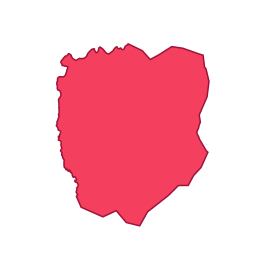 Tosoncengel, Hövsgöl, Mongolia (Robinson projection), rotated 107°
{"feature_id": "93677404B95621463819566", "entity_name": "Tosoncengel", "entity_type": "district", "adm_level": 2, "iso_a3": "MNG", "parent_name": "Mongolia", "parent_adm1": "Hövsgöl", "projection": "robinson", "projection_center": [100.859, 49.504], "detail": "fine", "context": "isolated", "style": "filled", "palette": "rose", "viewbox_px": 256, "rotation_deg": 107, "n_neighbors": 0, "source": "geoboundaries", "source_scale": "gbopen_adm2", "svg_char_len": 5708}
<svg xmlns="http://www.w3.org/2000/svg" viewBox="0 0 256 256"><g transform="rotate(107 128 128)"><path d="M165.3,53.6L154.3,51.4L144.4,46.6L127.8,44.5L126.9,46.5L117.9,56.3L116.1,57.6L115.2,58.3L114.7,58.9L113.4,60.3L111.4,61.0L110.6,61.0L108.4,60.6L107.0,60.5L105.7,60.7L104.8,60.8L103.3,60.7L101.5,60.5L100.7,60.8L94.7,63.7L75.1,61.5L59.7,64.2L48.5,70.8L47.2,72.7L36.4,77.5L36.4,82.1L35.7,99.0L37.4,110.0L49.1,120.0L56.0,126.8L49.9,136.9L47.5,152.4L47.6,152.6L47.8,152.7L48.3,152.8L48.7,153.0L49.0,153.1L49.2,153.3L49.5,153.6L50.0,154.0L50.7,154.5L51.5,154.7L53.4,154.9L53.7,155.0L54.0,155.2L54.4,155.6L54.5,155.9L54.6,156.6L54.6,156.9L54.4,157.4L54.0,157.8L53.7,158.2L53.6,158.3L53.7,158.6L54.0,158.9L54.6,159.4L54.9,159.8L55.0,160.3L54.9,160.7L54.6,161.2L54.4,161.4L53.8,162.0L53.6,162.3L53.6,162.5L54.1,163.1L54.6,163.4L56.1,164.2L56.4,164.3L58.7,165.0L59.0,165.1L59.5,165.6L61.5,167.0L62.1,167.3L62.3,167.5L62.7,168.0L62.8,168.2L62.8,168.5L62.9,169.1L62.9,169.7L62.7,170.3L62.4,171.0L62.4,171.3L62.0,171.9L61.4,172.8L61.0,173.2L60.9,173.4L60.5,174.0L59.9,175.1L59.5,175.9L59.2,177.1L58.9,177.9L58.8,178.4L58.9,178.6L59.2,179.0L59.5,179.1L59.8,179.2L60.3,179.2L63.0,179.1L63.6,179.1L63.8,179.1L64.2,179.4L64.8,179.8L65.3,180.4L65.3,180.5L65.0,181.0L64.7,181.2L64.4,181.4L64.2,181.7L63.8,182.3L63.7,182.7L63.6,182.9L63.2,183.1L62.7,183.1L62.2,183.2L62.2,183.4L62.3,183.7L62.4,184.2L62.6,184.5L62.8,184.8L63.0,185.2L63.6,185.8L64.4,186.3L65.2,186.7L67.6,187.9L68.6,188.2L69.1,188.3L71.5,188.6L72.3,188.9L73.4,189.8L74.2,190.4L74.6,191.0L74.7,191.8L75.0,192.2L75.2,192.5L75.4,192.8L75.4,193.6L75.4,193.9L75.6,194.7L76.1,195.4L78.1,196.9L78.5,197.6L78.5,198.1L78.2,199.3L77.9,200.7L77.6,201.4L77.0,202.1L76.6,202.4L76.3,202.8L75.4,203.4L74.7,204.1L74.6,204.4L74.2,205.9L74.2,206.4L74.6,206.8L75.9,207.1L76.3,207.3L76.7,207.5L77.0,207.8L77.3,208.2L77.4,208.7L77.6,208.9L77.8,209.1L78.1,209.3L78.7,209.4L79.1,209.5L79.4,209.9L79.7,210.1L79.9,210.1L80.4,210.2L80.9,210.3L81.5,210.7L82.7,211.2L83.5,211.5L84.1,211.5L84.7,211.4L85.0,211.3L85.3,211.0L86.6,209.6L86.9,209.6L87.1,209.6L87.4,209.0L87.4,208.7L87.2,207.7L87.3,207.0L87.3,206.4L87.2,206.0L87.1,205.8L87.0,203.8L87.1,203.5L87.3,203.3L87.6,203.2L88.1,203.2L88.9,203.3L89.3,203.3L90.8,203.4L91.4,203.3L92.0,203.2L95.7,203.3L96.1,203.5L96.7,203.8L97.2,204.1L97.6,204.5L97.8,204.8L98.1,205.2L98.3,206.0L98.6,206.5L98.7,207.7L98.8,208.0L99.0,208.5L99.5,209.0L100.5,209.7L100.9,209.8L101.3,209.8L101.7,209.8L102.0,209.7L102.7,209.4L103.6,209.1L104.0,209.1L104.1,209.3L104.6,209.4L105.1,209.2L105.7,209.2L106.2,209.2L106.4,209.1L107.4,208.6L107.9,208.2L108.3,207.9L108.7,207.8L109.8,207.5L110.3,207.4L110.6,207.3L111.4,206.9L111.8,206.6L112.0,206.3L112.2,205.9L112.2,205.6L112.1,205.1L112.1,204.7L112.2,204.4L112.4,204.1L113.7,202.9L114.4,202.4L114.6,202.3L116.2,201.8L116.9,201.7L119.0,202.1L119.6,202.4L120.4,202.7L121.0,202.7L123.0,202.1L123.4,201.9L123.7,201.6L124.0,201.4L124.3,201.3L125.7,201.0L126.4,200.6L127.0,200.4L127.6,200.3L128.1,200.2L128.4,200.1L129.2,200.0L129.6,199.6L129.9,199.2L130.2,199.1L130.7,199.2L131.2,199.2L131.6,199.1L132.0,198.8L132.5,198.6L133.9,198.3L134.4,198.3L134.6,198.4L135.3,198.5L135.6,198.3L135.9,198.1L136.3,197.9L136.5,197.7L136.6,197.2L136.9,197.2L137.5,197.4L138.2,197.5L140.0,197.5L140.6,197.4L141.3,197.5L142.3,197.7L143.0,197.7L143.5,197.6L144.1,197.3L144.6,197.0L145.2,197.0L145.9,197.3L146.6,197.2L146.9,197.0L147.3,196.6L147.6,196.0L148.0,195.5L149.0,194.7L149.6,194.5L150.1,194.3L150.3,194.1L150.4,193.0L150.5,192.5L150.6,192.1L150.9,191.7L151.3,191.3L152.0,191.2L153.8,191.2L154.1,191.2L154.3,191.4L154.7,191.4L155.7,191.2L156.4,191.3L157.2,191.0L157.3,191.0L157.4,191.3L157.3,191.5L157.0,191.7L156.3,191.8L156.2,191.9L156.2,192.0L156.3,192.1L157.3,191.8L157.7,191.4L158.3,191.2L159.7,191.1L159.9,191.0L160.0,190.8L160.0,190.5L159.9,190.2L159.9,189.9L160.0,189.5L160.1,188.7L160.2,188.3L160.5,188.1L162.0,187.5L162.6,187.4L163.5,187.3L163.9,187.2L164.3,186.8L164.7,186.6L165.2,186.3L165.6,186.2L165.9,185.8L166.4,185.6L166.6,185.4L167.3,185.4L168.3,185.8L168.7,185.8L169.3,185.9L169.7,185.7L170.1,185.0L170.4,184.7L170.6,184.3L170.9,184.0L172.2,183.9L172.6,183.7L173.6,183.3L173.7,182.9L173.9,182.7L174.1,182.2L175.5,181.8L176.0,181.3L176.4,180.9L176.7,180.3L177.2,179.8L177.4,179.6L177.7,179.5L178.5,179.5L179.6,179.2L180.6,178.7L180.8,178.6L181.6,178.7L181.9,178.5L182.1,178.3L182.2,178.1L182.4,178.0L182.8,178.0L183.2,178.0L183.5,177.8L183.9,177.6L184.4,177.2L184.6,176.9L184.5,176.4L184.6,176.2L184.8,175.9L185.1,175.6L185.3,175.5L185.5,175.5L185.9,175.2L186.0,175.0L186.0,174.6L185.8,174.3L185.7,174.1L185.3,174.0L185.4,173.8L185.5,173.8L185.6,173.5L185.7,173.2L186.3,173.0L186.7,172.8L186.7,172.3L186.5,171.9L185.6,171.7L185.4,171.4L185.5,171.2L186.0,171.0L186.3,170.6L186.6,170.4L187.0,170.3L187.3,170.0L187.3,169.7L187.1,169.5L187.4,169.3L187.5,169.1L187.5,168.8L187.6,168.6L188.1,168.2L188.7,167.7L189.8,167.3L190.1,167.1L190.6,166.4L191.0,166.2L191.1,165.8L191.0,165.7L190.8,165.4L190.4,165.2L190.2,164.9L190.1,164.6L191.0,163.4L191.6,162.4L192.0,162.2L192.4,162.1L193.0,162.4L193.3,162.6L194.1,162.7L194.7,162.5L194.8,162.6L194.6,162.8L194.0,163.2L193.9,163.3L194.0,163.3L194.4,163.3L194.8,163.0L194.9,162.9L195.0,162.6L195.0,161.9L195.0,161.7L195.2,160.7L195.5,160.4L196.1,159.7L196.9,159.1L197.3,158.9L197.9,158.7L198.2,158.8L198.8,158.8L199.1,159.0L199.3,159.1L199.5,159.2L200.2,159.5L200.2,159.3L200.8,159.1L201.3,158.9L204.0,158.9L204.8,158.6L205.1,158.1L205.9,157.6L206.5,156.6L207.0,156.5L207.4,156.7L207.8,157.1L208.6,157.3L217.5,149.6L220.3,126.0L210.5,115.1L218.9,102.0L218.1,88.2L202.5,84.8L180.5,69.5L168.3,63.0L165.3,53.6Z" fill="#f43f5e" stroke="#9f1239" stroke-width="1.5"/></g></svg>